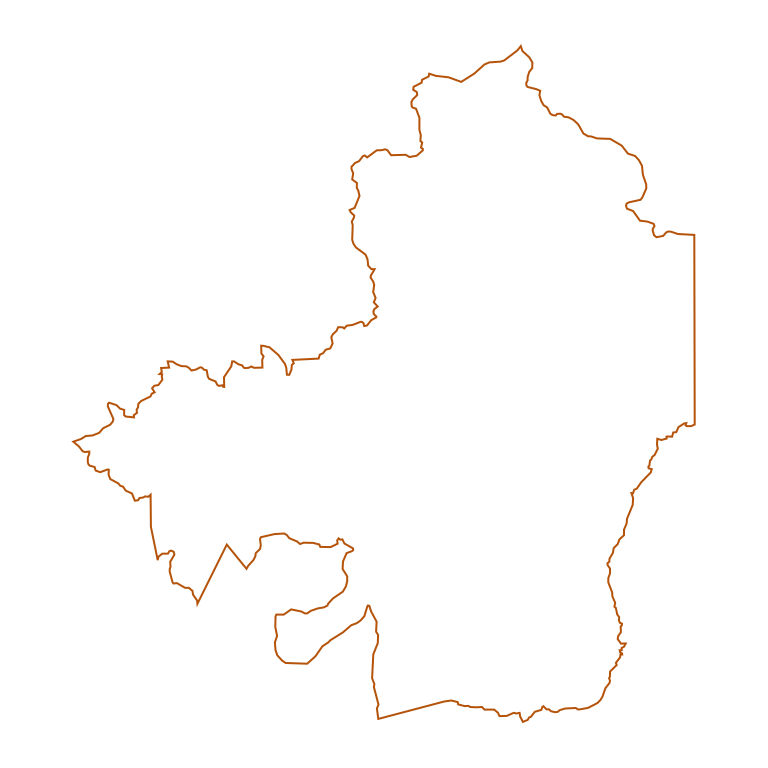 the district of San Carlos, Alajuela, Costa Rica
{"feature_id": "36466004B93009353653886", "entity_name": "San Carlos", "entity_type": "district", "adm_level": 2, "iso_a3": "CRI", "parent_name": "Costa Rica", "parent_adm1": "Alajuela", "projection": "orthographic", "projection_center": [-84.486, 10.62], "detail": "fine", "context": "isolated", "style": "outline", "palette": "amber", "viewbox_px": 768, "rotation_deg": 0, "n_neighbors": 0, "source": "geoboundaries", "source_scale": "gbopen_adm2", "svg_char_len": 6079}
<svg xmlns="http://www.w3.org/2000/svg" viewBox="0 0 768 768"><path d="M694.3,234.9L677.9,234.0L670.7,231.6L667.8,231.6L666.2,232.4L663.2,235.9L656.5,237.2L654.1,235.3L652.7,230.7L652.8,228.8L654.5,226.0L653.6,223.8L647.5,221.6L640.0,220.7L633.1,211.0L627.0,208.7L626.0,205.7L626.6,203.6L629.0,202.3L640.5,199.8L642.3,197.5L646.3,188.4L646.2,184.4L642.9,174.8L642.0,165.8L638.9,160.1L635.1,156.0L627.9,153.6L621.7,145.6L610.2,138.9L596.9,138.4L591.4,136.5L587.9,136.2L583.4,133.5L578.1,124.2L573.4,119.9L568.5,117.3L564.2,116.8L562.0,114.4L560.2,113.7L557.1,113.9L555.7,115.5L552.6,115.1L550.4,113.8L547.1,107.4L543.6,105.2L541.2,101.0L539.4,95.2L540.2,90.8L536.2,89.1L527.7,87.0L526.5,85.7L526.2,83.0L527.6,80.4L527.6,77.2L529.2,71.9L532.2,68.1L532.4,62.6L529.3,57.3L522.4,51.0L520.8,46.1L517.5,50.3L504.3,60.4L500.7,61.6L489.3,62.4L484.4,64.5L474.3,73.6L461.2,81.9L448.6,77.3L436.0,75.9L429.2,73.7L428.6,76.5L422.0,79.8L421.6,82.7L413.6,86.8L413.2,89.8L416.8,92.0L417.2,95.1L412.8,99.3L411.4,102.1L411.7,106.3L412.4,107.4L416.0,108.7L419.4,117.7L419.4,129.8L420.8,135.2L420.4,141.0L422.2,142.5L421.0,147.6L422.8,148.9L422.8,150.4L416.7,155.7L409.5,157.0L405.7,154.8L391.1,155.2L387.5,150.3L385.1,149.3L381.6,150.2L376.8,150.3L367.1,157.4L364.9,155.5L362.9,156.2L359.1,161.1L355.0,163.0L351.5,166.8L351.5,169.1L353.2,173.3L352.2,179.5L356.9,182.9L356.8,188.0L358.2,190.4L359.5,195.9L354.6,207.9L349.6,210.0L350.8,212.4L354.2,215.5L353.9,217.6L351.8,221.6L352.7,225.1L352.2,239.8L353.5,243.8L356.0,247.5L365.6,254.7L367.5,259.2L368.2,265.7L371.4,269.1L374.6,269.1L370.8,275.7L370.6,277.6L373.3,281.7L374.2,285.0L373.2,292.0L375.6,298.0L373.8,302.3L377.7,306.5L374.3,309.1L373.4,311.5L373.8,314.1L376.4,316.6L376.1,317.5L371.3,320.1L367.0,325.5L364.2,326.0L363.5,323.1L362.0,321.9L360.4,321.9L352.7,324.9L346.7,325.7L344.2,328.5L342.8,327.3L338.2,327.2L336.5,330.9L332.9,334.2L331.3,337.1L332.6,343.5L330.3,348.4L325.7,349.7L323.1,353.2L319.8,354.7L318.6,358.6L292.4,359.9L293.8,363.2L291.8,365.0L291.5,369.4L289.3,374.8L286.9,374.7L286.3,367.9L285.0,364.0L278.5,355.1L269.5,347.3L263.2,345.8L261.2,345.7L261.4,353.5L263.6,356.4L262.2,359.8L262.4,367.6L254.1,367.8L251.2,366.5L248.7,367.8L245.2,368.1L243.8,367.7L242.2,365.4L238.5,364.3L234.0,361.4L232.2,361.4L231.3,366.3L224.0,377.2L224.2,386.9L223.0,386.7L222.4,385.3L218.8,385.9L217.1,384.6L215.6,381.5L209.2,378.9L207.9,376.8L206.7,370.3L203.8,369.6L202.0,367.7L200.2,367.3L195.9,369.6L191.5,370.5L188.6,367.6L186.1,366.3L181.4,366.1L176.6,364.2L172.6,361.6L167.7,361.4L169.1,367.6L161.1,368.0L161.8,372.0L159.6,374.1L162.2,374.3L161.8,376.9L162.4,379.7L158.4,385.0L154.2,385.8L152.1,388.3L154.6,392.3L151.8,393.7L150.4,396.5L141.3,400.9L138.4,403.7L138.0,407.4L136.6,409.8L137.0,412.8L133.8,415.2L134.0,417.4L125.6,416.5L124.1,415.0L124.2,409.9L120.0,408.6L116.5,405.1L109.0,402.7L108.0,403.8L107.8,406.3L113.4,419.0L112.7,421.7L110.1,424.8L103.2,428.2L99.1,432.9L92.4,435.5L85.8,436.0L81.0,439.0L73.3,441.7L78.9,446.4L82.7,451.3L84.8,452.0L89.3,451.6L89.3,453.7L87.8,457.6L87.8,461.9L88.3,464.1L89.6,465.6L94.6,467.0L95.6,470.5L100.2,472.2L107.7,469.4L108.8,469.7L108.6,474.7L110.3,479.1L118.3,483.4L120.3,485.8L123.1,486.7L125.8,490.7L131.9,493.4L134.9,500.7L138.1,500.2L139.5,498.0L143.2,497.5L145.1,496.4L148.5,496.7L150.6,494.7L150.9,526.8L157.7,560.1L158.5,556.6L162.3,553.7L167.9,553.7L169.4,551.2L171.1,550.6L173.7,551.8L174.4,554.6L170.2,561.8L170.5,566.8L169.7,569.1L169.7,571.6L172.6,582.4L173.5,583.5L176.9,583.1L185.0,587.8L188.8,587.8L192.5,590.9L193.0,594.6L197.1,600.5L197.4,603.8L226.8,544.6L246.5,568.8L248.2,565.8L253.3,560.2L255.3,556.5L255.7,553.2L260.0,549.0L260.8,545.3L260.0,539.0L260.9,537.2L274.4,534.1L284.1,533.5L286.7,534.9L289.3,538.2L297.1,541.5L300.0,544.0L303.7,542.7L313.1,542.9L319.3,544.5L320.3,546.9L330.6,547.1L337.6,543.7L337.2,540.4L338.6,538.4L340.4,539.7L342.4,539.4L344.4,543.5L353.0,548.4L353.2,550.0L352.1,551.1L346.6,553.1L343.0,561.5L342.6,569.0L347.2,576.3L347.2,581.1L346.0,586.2L342.9,591.6L332.9,598.5L328.3,603.5L327.4,605.6L323.8,607.4L317.8,608.4L310.9,610.8L307.1,613.4L304.7,613.4L301.7,611.6L291.2,609.4L283.7,614.6L276.3,614.6L275.5,616.7L275.3,627.1L277.1,635.9L274.9,642.4L275.5,650.0L277.2,655.2L282.0,660.5L285.7,663.0L307.2,663.7L315.6,656.1L322.4,646.3L328.3,642.4L330.4,640.2L342.9,632.4L351.3,625.2L356.7,623.2L360.4,620.6L364.3,616.3L367.3,606.5L367.9,605.5L369.3,605.8L371.1,611.4L376.6,621.6L376.1,631.7L378.1,634.9L377.8,643.1L373.3,654.3L372.1,678.2L374.4,684.2L373.9,687.1L378.5,704.6L376.9,708.4L378.3,718.9L444.2,701.5L451.4,700.5L457.7,702.1L458.2,704.4L464.6,706.1L468.6,705.9L470.1,707.0L476.5,707.3L482.0,707.0L484.5,709.6L494.2,709.6L497.9,712.7L499.5,716.1L506.8,715.9L513.7,712.8L516.1,713.5L519.6,712.9L520.1,716.4L522.9,721.9L527.7,719.9L529.0,717.6L531.0,716.7L534.8,711.8L541.3,709.9L542.4,706.9L543.4,706.2L546.5,709.3L548.9,709.3L551.0,711.2L555.0,712.2L557.6,711.9L559.8,710.1L565.2,708.5L575.8,708.0L577.8,709.4L579.7,709.4L588.0,707.9L597.5,703.0L600.6,699.8L602.6,696.3L605.4,688.2L609.5,683.0L610.0,680.7L609.1,678.2L609.9,676.8L610.1,671.5L616.7,665.0L615.9,662.8L620.1,657.3L620.4,654.6L622.2,654.5L622.0,653.4L620.2,652.4L619.7,650.3L621.7,650.2L621.6,648.0L624.0,646.7L625.7,643.5L621.0,643.6L617.7,639.1L618.1,636.2L620.9,632.2L620.7,626.4L621.8,625.4L622.0,623.7L619.8,622.7L618.9,620.3L619.2,617.2L617.2,614.4L615.9,608.0L614.4,606.7L615.2,602.9L612.4,596.4L612.2,592.5L608.3,582.4L608.3,578.2L610.0,573.4L610.0,568.5L607.6,565.1L607.4,563.3L609.3,561.8L609.5,558.7L612.9,552.9L613.7,548.1L617.7,544.1L619.5,539.3L624.0,535.2L624.0,529.6L626.6,523.6L627.0,518.8L632.7,504.9L633.1,498.1L631.4,493.1L633.0,493.3L634.2,489.8L636.8,488.6L641.2,482.3L650.8,472.4L651.7,469.1L648.7,468.3L648.3,466.8L649.4,465.4L650.0,460.7L651.4,459.3L652.3,456.8L654.6,455.0L657.8,448.6L657.0,444.8L657.3,438.8L661.5,440.0L666.7,438.5L666.4,436.9L667.2,436.4L672.1,436.7L673.2,432.5L676.3,432.1L678.4,427.2L684.1,423.5L686.3,423.1L685.6,425.4L686.8,426.1L691.3,426.1L694.7,424.5L694.3,234.9Z" fill="none" stroke="#b45309" stroke-width="2"/></svg>